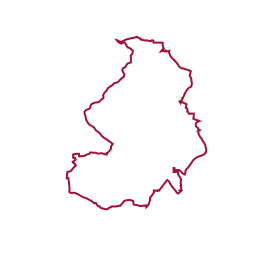 Sarmasu, Mures, Romania, rotated 330°
{"feature_id": "2599482B42966946124172", "entity_name": "Sarmasu", "entity_type": "district", "adm_level": 2, "iso_a3": "ROU", "parent_name": "Romania", "parent_adm1": "Mures", "projection": "mercator", "projection_center": [24.153, 46.751], "detail": "fine", "context": "isolated", "style": "outline", "palette": "rose", "viewbox_px": 256, "rotation_deg": 330, "n_neighbors": 0, "source": "geoboundaries", "source_scale": "gbopen_adm2", "svg_char_len": 5813}
<svg xmlns="http://www.w3.org/2000/svg" viewBox="0 0 256 256"><g transform="rotate(330 128 128)"><path d="M183.4,187.8L183.6,187.5L184.8,186.4L186.0,182.3L186.4,181.6L186.4,179.5L186.3,178.2L186.3,175.4L186.5,174.1L186.5,173.7L186.1,172.8L186.0,172.3L186.1,171.0L186.0,169.5L186.1,169.0L186.3,168.0L186.8,167.0L186.7,165.6L188.8,165.7L188.6,165.5L188.6,165.1L188.5,164.9L188.4,164.2L188.6,163.6L188.6,163.0L188.5,162.7L188.2,162.5L188.0,161.9L187.9,161.3L187.9,160.9L187.8,160.5L187.8,160.1L188.7,158.4L189.2,157.8L190.6,157.5L191.4,157.5L192.4,157.4L192.8,157.5L192.6,157.3L192.6,157.1L192.8,156.9L192.5,156.5L192.2,156.5L189.2,152.6L190.8,150.6L192.2,148.4L189.5,146.9L187.9,146.2L188.0,142.9L187.9,142.9L188.9,141.2L189.0,141.0L188.2,139.3L190.6,136.7L188.9,134.3L188.7,134.0L188.7,133.7L187.7,132.5L187.4,132.5L187.5,132.3L187.4,132.2L186.9,132.1L186.2,132.3L186.0,132.5L185.9,130.7L187.2,130.9L188.2,130.9L189.6,130.4L190.0,129.9L190.1,129.1L190.9,129.0L192.1,128.4L193.1,127.5L195.2,126.1L197.3,124.9L199.3,124.0L201.2,123.7L202.4,123.7L203.5,123.8L205.8,121.1L206.5,118.8L207.3,117.3L207.6,115.6L207.5,114.0L207.8,113.2L208.2,112.6L209.0,112.2L209.8,111.2L210.8,110.1L210.2,109.2L210.0,108.9L209.7,108.9L208.5,107.2L206.6,105.3L205.5,104.0L204.9,103.6L204.2,102.8L203.6,101.9L203.2,100.9L202.9,99.7L203.0,98.6L202.8,96.5L202.6,95.2L202.4,94.2L202.3,93.3L201.8,92.8L201.9,92.1L201.6,90.8L201.2,90.0L200.7,87.4L200.9,86.4L201.1,83.8L201.3,83.1L202.3,81.9L201.6,81.8L200.2,81.0L199.3,80.9L198.9,80.6L198.5,80.3L199.0,79.7L199.1,79.4L197.9,78.9L197.8,79.1L194.9,78.2L196.6,77.4L197.2,77.3L197.7,77.1L198.2,77.1L198.8,76.8L199.0,75.4L199.4,73.7L199.9,73.0L200.0,72.7L200.7,71.6L198.9,70.3L196.5,68.9L192.8,66.9L193.7,64.8L193.1,64.4L193.1,64.5L192.6,64.3L191.3,64.1L190.5,63.8L190.2,63.6L189.0,62.2L186.1,60.4L185.4,59.9L184.5,58.7L183.5,58.1L183.1,57.4L183.6,56.5L182.7,55.9L181.9,54.9L181.4,54.1L181.6,53.7L180.9,53.4L178.6,52.9L175.4,51.8L171.0,50.5L170.0,50.4L166.1,50.1L164.8,49.8L164.5,49.6L163.2,47.5L162.1,46.2L162.1,47.0L162.5,48.4L163.3,50.1L164.0,50.8L164.3,51.6L164.6,51.7L165.1,51.5L166.1,51.4L166.8,51.7L167.2,52.0L167.8,52.3L167.9,52.9L167.8,53.6L168.1,55.0L167.8,55.9L168.0,57.1L167.9,58.0L168.9,58.9L169.6,60.0L169.9,60.5L170.0,61.7L170.8,63.2L170.8,63.7L170.7,63.9L168.6,66.1L167.3,66.2L166.6,66.7L165.1,69.3L164.5,70.6L164.2,71.1L164.0,71.7L163.7,72.0L163.1,72.6L162.7,72.6L160.9,72.1L159.4,72.0L158.7,72.5L157.4,73.0L156.2,74.0L154.5,73.7L154.4,73.8L153.4,73.8L153.0,74.0L152.4,74.6L151.7,75.9L151.7,76.4L151.7,78.7L151.6,80.1L151.4,80.3L150.5,80.8L149.9,81.5L149.6,81.7L148.4,81.6L147.6,81.7L141.9,83.3L138.0,82.2L136.3,83.1L134.1,83.0L132.8,83.3L130.8,83.4L129.8,83.8L128.5,84.8L125.2,85.8L124.1,86.4L122.6,87.5L122.5,88.3L122.3,88.7L121.5,90.0L121.1,89.9L120.1,89.9L115.5,90.9L111.5,89.3L108.5,89.1L107.5,89.4L106.3,90.4L105.7,91.2L104.7,91.9L104.2,92.0L103.0,91.7L101.4,91.5L100.4,91.6L98.9,92.0L98.0,92.9L97.5,93.9L97.5,94.2L97.4,95.3L97.3,96.1L96.0,99.3L95.8,100.4L95.8,100.8L96.0,102.1L95.8,103.2L95.9,104.0L96.1,105.2L96.1,105.6L97.0,107.2L97.4,107.8L98.8,110.4L99.0,112.3L99.0,113.9L99.2,114.5L99.7,115.4L100.7,117.8L101.0,118.9L101.3,121.6L101.9,123.5L102.8,125.5L104.0,127.7L104.5,129.3L105.4,130.6L106.8,134.1L104.0,135.5L103.5,136.4L103.4,137.1L103.2,137.3L100.6,138.6L99.6,138.9L98.0,139.1L97.0,139.0L96.7,140.3L96.2,140.2L95.3,139.7L94.0,138.4L93.0,137.0L92.4,136.6L90.0,135.6L89.2,135.2L88.4,134.3L87.9,133.4L87.1,133.0L83.3,130.5L83.0,130.3L82.7,130.5L81.4,130.9L79.3,130.4L77.8,130.5L76.8,130.4L71.5,128.2L71.6,127.6L72.6,125.8L70.9,124.8L67.3,123.4L66.9,124.0L66.2,125.6L65.9,125.8L65.9,126.0L65.7,126.5L67.1,127.2L67.0,127.5L66.9,128.0L67.0,129.0L66.8,129.2L65.8,129.4L63.1,129.7L63.1,130.0L63.5,130.1L63.7,130.8L63.3,130.8L63.7,132.1L64.2,134.4L62.4,134.7L60.3,135.4L58.1,136.3L56.8,136.7L56.3,136.6L55.2,136.2L53.4,135.8L49.8,140.9L51.3,141.6L48.0,149.2L46.5,152.3L46.3,152.6L45.2,153.8L45.7,155.0L46.5,156.1L47.0,156.4L48.4,156.7L49.3,157.4L50.0,158.3L51.9,160.7L52.6,162.3L54.6,165.5L55.5,166.4L57.1,168.5L57.9,169.6L58.7,171.2L59.2,171.8L60.2,173.7L60.7,175.0L61.0,176.2L62.6,176.6L62.7,177.3L62.6,178.3L63.0,180.8L63.1,181.0L63.9,181.4L64.1,181.7L64.4,183.5L67.1,186.3L68.2,187.3L68.8,187.7L69.5,188.0L70.2,187.8L70.9,188.0L71.7,187.6L73.1,187.9L73.4,188.1L74.0,187.8L74.5,188.0L75.1,187.9L75.9,188.6L78.4,189.9L80.0,190.5L82.4,191.2L82.6,191.4L84.5,190.7L85.3,190.6L86.3,190.1L87.2,189.6L88.1,189.3L90.8,189.9L91.8,190.4L93.8,191.3L94.3,191.7L94.6,192.4L94.9,192.7L96.0,193.6L95.2,195.8L94.6,197.0L95.3,197.8L96.5,198.7L98.0,200.0L99.0,201.2L99.5,201.6L100.4,202.1L101.9,202.7L102.0,202.7L103.0,203.2L103.2,203.4L103.5,203.4L103.7,203.7L105.0,204.1L104.2,205.7L105.2,205.5L106.7,204.9L108.0,204.2L108.9,203.6L109.4,202.9L110.6,201.9L111.7,200.5L112.1,199.4L114.7,198.5L118.3,196.8L119.1,195.0L119.7,195.2L121.9,197.2L122.6,196.8L123.6,197.8L124.1,197.5L135.9,192.6L136.8,194.8L136.9,195.4L136.6,196.7L136.6,197.3L136.8,199.4L136.8,200.6L137.9,207.0L138.0,208.3L138.1,209.0L138.5,209.8L141.8,209.3L141.4,208.0L142.1,207.9L142.3,209.1L143.3,208.9L143.2,207.7L143.6,207.1L144.4,205.9L144.8,205.2L144.6,204.4L145.2,204.2L145.3,203.9L145.5,203.8L145.7,203.5L145.8,202.6L146.1,201.9L146.8,201.0L147.0,200.4L147.4,199.8L148.2,199.3L148.3,198.9L148.4,198.3L148.4,195.6L148.2,194.1L148.3,193.2L148.4,192.5L149.5,190.7L147.4,189.8L146.1,189.4L145.5,189.0L146.2,187.9L147.4,185.5L148.2,185.8L147.9,187.1L147.4,188.1L148.5,188.6L149.6,188.9L151.2,190.1L151.6,190.7L151.9,191.6L152.2,192.3L152.5,194.3L152.7,194.7L153.2,195.6L153.9,196.7L154.5,196.3L155.9,194.4L157.1,193.3L157.8,192.9L159.5,192.5L160.5,192.2L168.6,188.4L170.9,187.9L172.8,187.8L174.6,187.9L178.3,188.7L180.5,189.0L181.8,188.6L183.2,187.6L183.4,187.8Z" fill="none" stroke="#9f1239" stroke-width="2"/></g></svg>